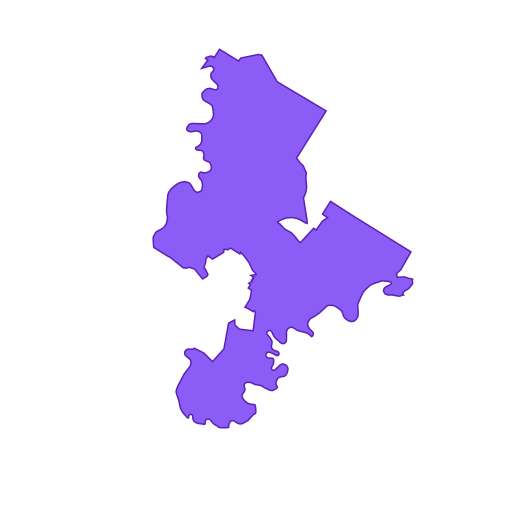 the district of Berri Barmera, South Australia, Australia, rotated 32°
{"feature_id": "25037944B16571921668942", "entity_name": "Berri Barmera", "entity_type": "district", "adm_level": 2, "iso_a3": "AUS", "parent_name": "Australia", "parent_adm1": "South Australia", "projection": "mercator", "projection_center": [140.504, -34.288], "detail": "fine", "context": "isolated", "style": "filled", "palette": "violet", "viewbox_px": 512, "rotation_deg": 32, "n_neighbors": 0, "source": "geoboundaries", "source_scale": "gbopen_adm2", "svg_char_len": 6163}
<svg xmlns="http://www.w3.org/2000/svg" viewBox="0 0 512 512"><g transform="rotate(32 256 256)"><path d="M110.5,125.6L115.8,119.7L117.0,119.0L118.6,118.7L119.7,118.8L120.6,119.2L121.6,120.8L121.7,121.6L121.1,124.3L121.2,125.1L122.1,127.1L123.0,128.2L124.3,129.1L126.3,129.8L132.2,131.0L133.7,132.1L134.6,133.4L134.7,134.8L134.2,136.0L133.1,136.9L129.3,137.7L127.6,138.6L126.1,139.9L125.3,141.2L124.2,144.8L124.1,146.2L124.3,147.2L125.4,148.9L127.3,150.8L128.8,151.5L131.0,151.7L135.2,151.4L137.9,151.5L139.5,152.0L140.9,153.4L143.8,156.9L145.7,159.8L146.1,162.1L146.0,165.3L144.8,168.3L142.4,171.2L131.8,177.3L130.7,178.3L129.8,179.7L129.4,180.8L129.4,183.3L129.6,184.6L130.5,185.6L131.9,186.0L133.3,185.8L135.0,185.2L139.2,181.5L140.8,180.9L142.6,180.7L144.7,181.0L145.8,181.9L149.1,187.3L149.7,190.4L149.3,192.2L148.8,193.6L147.6,195.4L147.6,196.2L148.2,197.2L149.3,197.5L150.4,197.1L153.6,195.5L154.8,195.3L156.7,196.2L158.8,198.4L159.3,200.1L159.9,201.3L161.2,201.9L162.8,201.9L166.1,201.2L167.5,201.4L169.7,202.8L171.1,204.4L171.9,205.9L172.0,207.3L171.6,208.9L170.4,210.7L168.6,212.7L164.6,214.2L164.0,215.4L164.1,217.1L164.9,218.5L165.7,219.4L169.8,220.9L171.3,222.0L172.6,223.6L174.6,227.3L175.0,229.0L174.7,230.3L173.7,231.9L172.5,233.1L171.0,233.4L169.7,233.3L167.6,232.5L164.1,230.6L161.6,229.6L160.0,229.5L158.4,229.9L156.7,230.5L154.8,231.8L152.7,233.9L150.9,236.9L149.6,240.1L148.6,243.5L148.4,244.5L148.2,248.1L148.8,250.8L153.1,259.5L156.4,265.5L158.0,267.5L160.1,269.7L160.9,270.9L162.6,275.2L162.8,276.9L162.8,280.1L162.3,281.9L158.8,287.8L158.5,289.2L158.5,292.0L158.9,294.6L160.9,297.8L164.7,302.9L179.7,302.9L184.8,302.7L200.7,304.6L203.4,303.2L205.7,300.8L211.0,299.7L222.9,303.8L225.1,299.3L225.1,297.2L219.9,293.9L218.2,293.5L218.0,293.2L216.6,287.9L215.2,285.5L215.2,281.4L220.8,281.7L226.6,270.1L225.3,267.2L229.0,265.5L230.0,262.8L241.2,262.8L241.0,261.0L246.3,262.4L253.4,265.2L260.8,270.0L264.0,270.7L265.9,271.7L262.0,275.1L265.5,275.1L264.7,276.5L265.9,277.1L264.9,278.9L266.1,279.6L264.3,283.0L266.4,283.1L266.4,287.3L270.0,287.3L271.7,290.4L273.8,296.4L273.8,305.3L276.8,304.8L283.2,304.7L283.7,303.2L285.4,304.2L293.2,320.9L280.8,326.8L274.7,325.7L271.8,321.5L268.3,327.4L278.0,351.7L275.1,368.6L263.1,365.9L252.6,366.9L251.9,368.2L250.8,369.2L248.1,370.6L246.9,371.9L246.3,373.6L246.5,375.2L247.5,376.9L248.9,377.8L255.1,378.7L256.8,380.1L258.0,382.0L258.5,384.5L257.6,394.5L258.6,407.1L259.2,410.8L259.9,413.0L261.3,414.7L267.6,419.8L269.2,421.7L272.1,424.7L274.8,426.5L277.6,427.8L282.9,429.4L284.1,429.5L284.4,429.1L283.9,427.5L283.6,425.8L284.0,425.1L285.2,424.7L286.4,424.7L287.1,425.1L288.9,427.7L290.8,428.9L292.7,429.2L295.0,428.9L301.2,426.2L301.7,425.9L301.7,425.4L300.5,423.0L300.4,421.9L300.6,420.7L301.3,420.0L302.0,419.6L303.4,419.2L304.5,419.2L306.9,420.3L309.9,420.9L313.1,420.7L314.8,421.0L315.7,420.8L317.3,420.2L323.1,416.5L323.5,416.0L323.4,415.3L322.8,414.3L322.1,412.6L321.9,410.2L322.2,409.3L322.9,408.4L324.0,407.8L325.1,407.5L328.9,407.6L331.0,407.1L332.3,406.3L333.6,404.9L336.3,400.0L337.9,391.6L338.8,390.3L338.9,389.7L338.6,388.4L336.6,385.5L334.8,383.3L333.9,382.7L333.3,382.8L330.2,384.5L328.5,384.9L326.7,385.2L324.7,385.0L321.7,384.4L319.2,383.0L318.0,381.7L317.7,380.5L317.9,378.2L317.9,376.6L317.4,375.0L316.2,373.6L314.9,372.7L314.3,371.6L314.1,370.1L314.6,368.7L315.9,367.4L318.6,366.1L323.2,365.5L327.8,363.6L329.8,363.2L333.7,363.2L339.1,362.4L340.2,362.0L341.3,361.4L342.4,359.7L343.6,357.4L343.7,356.1L343.4,355.6L341.2,354.4L340.4,353.5L339.7,351.8L339.3,348.8L339.6,347.1L340.6,345.8L342.4,344.3L343.9,342.7L344.3,341.4L344.4,339.0L343.8,336.7L342.9,334.7L342.0,333.8L340.2,332.8L339.0,332.6L336.8,332.9L335.8,333.5L334.7,334.6L333.9,336.5L332.7,341.6L332.1,343.2L330.8,344.0L329.6,343.8L329.1,343.6L328.5,342.9L328.2,342.0L328.0,338.8L327.6,337.2L325.8,334.4L325.1,334.0L323.6,334.1L320.6,336.0L319.7,336.2L318.4,335.9L317.5,335.5L316.9,334.9L316.5,333.6L316.5,332.4L317.1,331.1L318.0,330.6L319.3,330.2L323.1,329.7L325.0,329.7L326.7,329.3L327.3,328.8L327.6,328.2L327.6,327.4L327.2,326.5L326.5,325.9L325.5,325.5L324.3,325.6L322.9,326.1L320.7,326.4L319.5,326.3L318.1,325.7L317.4,325.0L316.6,323.8L316.0,321.9L314.6,319.7L311.3,317.9L308.2,316.8L306.7,316.4L306.2,315.9L305.6,315.0L305.9,313.6L306.2,312.6L307.0,311.9L308.2,311.6L309.4,311.9L313.7,314.6L317.2,315.7L320.7,316.0L322.8,316.6L324.7,316.4L326.2,315.4L326.8,314.0L326.8,312.0L325.0,308.9L322.1,304.3L321.4,301.7L322.3,299.1L323.7,297.7L325.6,297.1L330.4,297.1L333.4,296.4L337.8,294.9L340.6,294.3L342.9,294.3L344.7,294.7L345.3,295.0L345.9,294.8L346.3,294.0L346.2,292.3L345.4,291.0L343.8,290.2L340.4,289.6L338.4,288.7L336.8,287.5L335.6,285.9L335.0,283.3L335.3,280.3L337.9,275.6L340.0,270.7L342.8,260.5L343.5,259.5L347.5,257.1L348.8,256.8L350.5,256.6L356.1,256.9L358.3,257.6L362.6,260.9L364.8,261.7L368.2,262.0L370.5,261.5L372.2,260.7L373.7,259.2L374.6,256.3L374.4,253.0L372.8,250.1L368.7,244.4L367.8,242.4L366.7,235.6L366.1,230.2L366.6,226.5L368.4,220.2L370.4,217.1L374.0,212.8L375.1,211.1L377.1,209.7L381.9,207.4L384.2,206.7L385.1,206.9L385.4,207.5L385.3,208.5L384.8,209.8L382.9,212.5L382.2,214.1L382.0,215.3L382.0,216.6L382.5,217.9L383.6,218.8L385.0,219.5L386.0,219.7L388.4,219.2L392.3,216.8L395.1,215.8L399.1,214.0L401.1,211.4L401.9,210.8L400.0,209.6L400.2,209.3L400.5,207.2L402.8,202.7L403.5,196.9L403.0,195.7L401.3,193.5L401.2,192.7L400.3,192.8L397.1,194.1L393.0,195.0L387.7,198.8L387.2,199.4L384.5,196.4L386.1,191.0L385.2,170.4L316.4,170.5L290.2,170.2L290.2,185.3L296.4,185.6L293.8,191.5L293.3,201.7L293.4,202.0L290.2,201.9L286.6,221.0L284.1,220.8L278.6,218.8L273.4,217.5L265.7,218.0L263.1,217.1L260.2,216.5L259.5,216.1L258.0,216.2L256.2,215.8L258.4,211.7L260.0,209.5L262.1,207.3L265.4,204.8L267.0,204.0L270.7,202.5L274.8,201.8L280.3,201.8L282.1,201.3L280.7,199.1L265.6,181.7L264.5,175.4L262.4,170.6L257.2,163.8L254.5,158.7L248.0,154.4L244.2,153.7L238.5,151.4L238.6,95.8L181.6,97.0L154.4,82.5L151.0,84.0L138.3,96.1L138.2,96.7L137.9,99.9L115.5,100.0L115.5,109.7L114.0,109.6L113.2,110.0L111.7,110.3L108.9,113.7L108.5,113.8L108.5,115.3L111.3,115.5L110.5,125.6Z" fill="#8b5cf6" stroke="#5b21b6" stroke-width="1.5"/></g></svg>